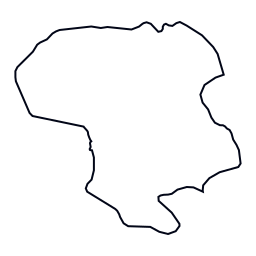 an SVG outline of Zanjan
{"feature_id": "IRN-3234", "entity_name": "Zanjan", "entity_type": "Province", "adm_level": 1, "iso_a3": "IRN", "parent_name": "Iran", "parent_adm1": "", "projection": "orthographic", "projection_center": [48.438, 36.394], "detail": "fine", "context": "isolated", "style": "outline", "palette": "ink", "viewbox_px": 256, "rotation_deg": 0, "n_neighbors": 0, "source": "natural_earth", "source_scale": "10m", "svg_char_len": 1323}
<svg xmlns="http://www.w3.org/2000/svg" viewBox="0 0 256 256"><path d="M186.7,25.6L202.0,35.3L213.2,47.0L217.6,53.9L223.7,74.7L215.5,77.6L204.5,85.0L200.4,94.6L202.6,102.6L208.1,109.4L211.4,117.6L214.9,122.7L219.9,125.2L223.0,125.3L225.0,126.4L226.9,128.5L229.6,130.0L231.5,133.4L233.2,139.6L236.5,144.9L238.9,150.1L240.6,163.5L238.3,167.0L219.7,172.2L209.4,178.1L203.2,185.3L202.7,190.3L202.9,191.7L193.5,187.4L186.8,187.0L177.5,189.6L171.8,193.8L168.1,194.6L163.7,194.8L160.5,195.5L158.4,196.9L158.7,200.9L171.7,212.6L179.4,223.8L179.5,226.0L175.7,231.2L168.0,234.0L159.3,231.8L150.3,226.9L128.2,226.2L123.6,223.3L120.1,217.0L119.2,214.3L117.2,210.8L115.3,209.0L87.2,191.7L85.8,188.4L87.5,183.8L91.6,179.6L93.9,170.3L93.9,157.5L92.0,150.3L90.3,150.1L89.9,149.9L89.7,149.0L90.1,148.2L90.5,147.4L90.6,146.5L90.0,143.4L90.2,142.3L91.3,141.3L90.3,139.9L89.2,137.4L88.2,134.6L87.9,132.1L87.2,130.8L84.0,127.2L83.6,126.6L32.5,116.0L29.6,113.0L15.9,81.3L15.4,77.2L15.4,71.1L17.4,67.1L32.9,51.7L37.2,44.7L40.2,42.5L46.9,39.4L52.5,33.5L56.0,31.4L59.6,30.0L91.3,26.5L100.8,28.0L107.4,27.0L131.5,29.5L139.0,26.6L142.5,23.8L143.7,23.1L146.6,22.3L150.8,23.8L158.3,31.8L161.4,31.1L162.8,28.9L162.8,26.7L164.0,24.6L165.9,23.8L168.8,25.4L172.4,25.9L176.4,23.1L179.9,22.0L186.7,25.6Z" fill="none" stroke="#020617" stroke-width="2"/></svg>